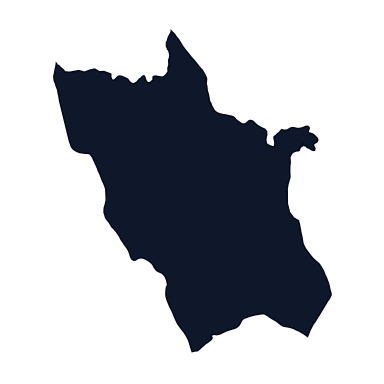 the district of Phine, Savannakhét, Laos, rotated 184°
{"feature_id": "54806243B87203647312357", "entity_name": "Phine", "entity_type": "district", "adm_level": 2, "iso_a3": "LAO", "parent_name": "Laos", "parent_adm1": "Savannakhét", "projection": "albers", "projection_center": [105.988, 16.434], "detail": "fine", "context": "isolated", "style": "filled", "palette": "ink", "viewbox_px": 384, "rotation_deg": 184, "n_neighbors": 0, "source": "geoboundaries", "source_scale": "gbopen_adm2", "svg_char_len": 5930}
<svg xmlns="http://www.w3.org/2000/svg" viewBox="0 0 384 384"><g transform="rotate(184 192 192)"><path d="M257.0,136.6L255.1,134.1L252.5,131.1L251.0,128.7L249.8,126.2L248.9,123.5L247.8,121.6L246.8,120.5L244.9,119.8L243.8,120.1L241.9,121.6L240.9,122.2L240.0,122.5L237.8,122.9L236.2,122.7L235.4,122.5L233.5,121.8L231.6,120.9L230.0,120.1L227.7,118.5L225.9,116.7L224.7,114.7L223.1,112.6L221.9,111.3L219.5,110.1L217.7,109.6L215.8,108.7L213.3,106.4L212.5,105.2L211.2,102.4L210.0,98.5L209.8,97.1L210.8,95.4L211.0,92.6L210.9,88.3L210.5,85.9L209.8,83.8L208.7,81.3L206.2,76.2L202.9,70.7L201.6,67.9L198.3,61.6L196.8,59.2L193.0,54.7L190.0,51.4L187.6,48.2L185.2,44.3L183.7,40.6L182.7,37.8L180.7,32.8L178.2,33.6L175.3,34.1L172.5,36.9L171.4,38.1L169.1,40.3L167.9,41.7L166.0,43.0L163.2,45.5L162.2,46.6L161.9,47.9L162.1,48.6L162.5,49.1L162.7,49.6L162.4,50.6L161.8,51.0L161.3,51.3L160.4,51.5L159.2,51.6L157.7,51.4L156.2,51.7L153.5,52.7L151.8,53.8L148.0,55.9L143.9,57.6L142.2,58.2L140.2,59.0L138.7,59.7L137.1,60.9L135.6,62.7L133.1,68.2L131.1,69.8L125.3,72.3L120.9,73.8L114.5,75.3L112.5,75.6L111.8,75.6L110.4,75.2L108.8,74.5L104.8,72.1L102.3,70.8L99.0,69.2L95.1,66.6L93.8,65.7L92.3,64.9L90.7,64.5L87.2,64.2L85.4,64.0L81.4,63.1L77.3,61.4L75.2,60.7L72.8,59.5L70.7,58.5L66.7,56.0L64.8,61.9L62.2,68.1L59.9,71.9L57.5,76.6L56.5,78.3L49.1,92.8L47.4,95.5L47.0,96.8L46.4,98.0L46.1,99.3L46.4,100.8L47.5,103.7L49.2,109.6L52.0,115.9L53.9,119.1L55.7,123.0L59.8,128.7L61.7,130.3L63.8,131.8L66.6,134.1L68.7,136.2L74.4,142.7L76.5,145.9L77.6,148.0L78.1,149.7L78.8,153.0L79.3,154.8L81.1,161.0L81.4,162.5L82.4,166.3L82.7,167.7L83.3,169.0L83.6,170.1L83.8,170.7L88.9,173.3L93.3,178.4L96.1,187.0L97.3,202.2L96.8,207.0L95.3,213.8L95.9,218.0L96.3,224.6L96.1,228.3L96.8,233.6L95.4,237.3L93.8,238.9L90.3,240.6L90.1,240.4L89.5,240.4L88.9,240.5L88.2,240.9L87.9,241.2L87.8,242.3L87.3,243.2L87.1,244.2L86.9,244.4L85.8,245.0L85.5,245.3L84.8,246.2L84.5,247.2L84.3,247.7L84.0,247.8L83.9,247.7L83.7,246.5L83.5,246.3L83.0,246.0L82.7,245.9L82.2,246.0L81.2,246.7L81.0,246.8L80.8,246.8L80.7,246.5L80.7,246.3L81.1,245.7L81.0,245.4L80.8,245.0L80.6,244.8L79.9,244.4L79.2,244.1L77.7,243.7L76.4,242.9L75.6,242.5L74.6,242.2L73.4,242.0L73.0,242.0L72.7,242.1L72.6,242.4L72.7,243.3L72.7,243.6L72.4,243.9L72.8,244.8L73.8,246.3L74.1,246.9L74.2,247.4L73.9,248.4L73.6,248.8L71.3,250.4L70.7,251.1L70.1,252.4L70.2,252.8L70.4,253.6L70.8,254.3L71.3,254.7L72.9,256.3L74.8,257.7L76.3,258.5L77.3,258.7L77.9,258.7L79.0,259.1L79.4,259.3L79.9,259.6L80.2,260.0L80.3,260.4L80.4,261.6L80.2,261.8L79.9,262.2L79.6,263.4L79.6,264.0L79.8,264.6L80.9,265.5L81.6,265.6L83.1,265.3L86.1,263.8L88.8,262.9L90.8,262.7L92.0,262.7L92.4,262.7L94.1,263.1L94.6,263.2L95.8,263.3L97.1,263.1L97.6,262.9L98.9,262.2L101.0,260.6L102.2,260.2L104.4,260.0L106.6,260.3L106.9,260.4L108.9,257.8L109.5,257.1L110.6,256.2L112.5,254.0L113.6,253.2L113.9,252.8L114.0,252.6L114.0,252.0L113.9,251.4L113.2,249.0L112.8,247.4L112.7,246.5L112.7,245.1L112.8,244.3L113.1,243.4L113.4,243.0L113.7,242.7L114.3,242.7L115.0,242.7L116.9,243.4L117.5,243.5L119.4,244.3L120.3,244.8L121.3,245.6L121.5,246.1L121.6,247.4L121.9,248.3L122.1,250.1L121.9,251.3L122.0,252.2L121.5,253.6L121.5,254.3L121.8,256.6L121.9,257.5L122.6,258.5L123.7,259.6L125.4,260.3L126.1,260.4L127.2,261.0L128.1,261.4L129.1,261.6L130.2,262.5L131.0,262.7L133.4,264.5L135.7,266.5L136.8,267.1L138.4,267.5L140.1,267.0L142.9,264.1L144.4,263.4L145.9,263.3L147.5,263.7L149.7,265.0L152.2,266.5L153.3,267.4L154.7,268.9L156.0,269.7L157.6,270.3L161.6,270.8L163.9,271.2L166.8,271.4L169.5,271.8L172.0,272.6L173.2,273.1L174.5,274.0L175.9,275.3L177.3,277.8L178.7,279.7L179.3,281.6L180.3,282.9L180.9,283.9L182.4,290.2L183.9,294.0L184.7,298.7L185.6,300.9L185.4,303.1L185.4,306.1L186.3,308.1L187.6,310.4L190.3,314.3L192.7,316.5L199.4,323.8L202.1,326.3L204.6,329.1L208.7,333.4L211.5,336.7L216.1,343.2L218.4,345.5L220.5,348.3L222.9,350.2L223.9,351.2L223.9,350.3L224.5,348.7L225.2,347.3L226.2,345.1L226.9,342.6L227.1,340.8L227.4,340.4L227.8,339.8L227.9,339.0L227.7,337.9L227.8,337.0L227.6,336.4L227.6,335.6L227.4,335.2L227.3,334.9L226.6,334.4L226.6,333.6L226.5,333.0L226.3,332.7L225.8,332.6L225.6,332.3L225.0,331.3L224.5,330.1L223.6,327.0L223.7,325.9L223.7,325.4L223.8,324.7L223.7,324.2L223.6,323.9L224.3,322.8L224.4,322.2L224.4,320.8L224.0,318.8L223.9,317.0L224.4,315.0L224.6,313.2L224.2,311.6L224.2,310.3L224.7,309.5L225.6,307.9L226.8,306.4L228.1,305.1L229.4,304.6L230.5,304.5L232.5,304.6L234.1,304.9L236.4,305.0L237.7,304.9L238.7,304.2L238.9,303.3L238.5,302.1L238.6,301.4L239.6,300.1L241.0,298.7L241.8,298.1L243.2,297.9L243.9,298.1L244.5,298.6L245.2,299.3L245.9,300.4L246.6,301.8L246.9,302.8L247.5,304.1L247.8,304.4L248.4,304.6L249.0,304.2L250.1,303.1L250.8,302.2L252.6,300.7L254.6,297.9L256.2,296.7L257.7,295.9L258.8,295.9L260.3,296.4L261.8,297.4L262.9,298.6L263.8,299.8L264.6,300.4L267.6,301.5L269.4,302.2L271.5,302.6L272.6,302.6L273.8,302.1L274.7,301.2L275.4,300.2L276.4,299.1L277.3,298.3L278.2,298.0L279.1,298.0L279.9,298.6L281.0,300.8L281.2,302.4L281.3,304.0L288.2,306.0L292.9,305.4L297.6,307.8L302.6,306.3L307.6,304.0L313.5,305.2L322.1,302.9L327.1,302.9L329.1,305.0L331.9,307.1L332.7,307.9L333.2,308.3L333.5,308.7L333.9,308.9L334.2,309.0L334.7,308.9L334.9,309.0L335.4,309.3L335.8,309.9L336.0,310.5L336.3,310.8L336.3,309.8L336.5,308.9L336.5,307.4L337.1,304.6L337.2,302.5L337.9,297.8L337.3,294.2L337.1,293.5L335.7,290.5L334.9,288.3L333.1,284.6L332.8,282.9L331.2,277.3L330.5,274.0L330.1,272.7L317.6,233.6L316.8,232.0L316.1,230.0L315.2,228.4L313.7,226.8L312.3,225.8L310.7,224.9L308.3,224.0L306.8,223.6L301.2,223.2L299.6,223.3L297.5,223.2L296.6,223.0L295.6,222.0L293.6,219.6L288.1,209.4L287.0,206.9L285.1,203.5L282.2,197.1L280.5,194.2L278.9,190.8L278.1,188.3L277.7,184.4L277.2,180.9L277.0,177.4L277.7,173.1L278.4,169.8L278.3,165.5L277.2,162.8L276.4,160.4L274.4,157.9L272.2,155.6L269.4,151.5L267.2,149.7L264.1,146.4L261.3,142.8L259.2,139.3L257.0,136.6Z" fill="#0f172a" stroke="#020617" stroke-width="1.5"/></g></svg>